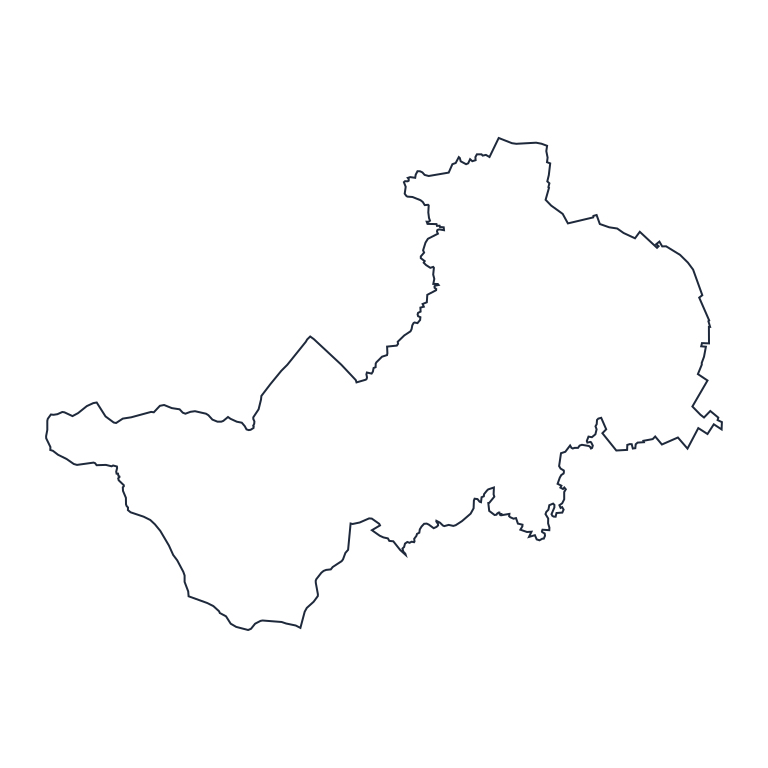 the district of Thach That, Ha Noi, Vietnam
{"feature_id": "81297802B69837826881440", "entity_name": "Thach That", "entity_type": "district", "adm_level": 2, "iso_a3": "VNM", "parent_name": "Vietnam", "parent_adm1": "Ha Noi", "projection": "robinson", "projection_center": [105.527, 21.024], "detail": "fine", "context": "isolated", "style": "outline", "palette": "slate", "viewbox_px": 768, "rotation_deg": 0, "n_neighbors": 0, "source": "geoboundaries", "source_scale": "gbopen_adm2", "svg_char_len": 6101}
<svg xmlns="http://www.w3.org/2000/svg" viewBox="0 0 768 768"><path d="M50.9,414.5L47.8,418.8L47.3,420.8L47.3,429.9L46.1,436.2L46.2,438.3L50.4,447.0L50.3,450.0L52.9,450.8L58.1,454.8L66.6,459.0L73.8,464.0L77.0,464.9L93.6,462.6L95.1,463.2L96.6,465.2L105.9,464.9L111.6,466.3L113.1,465.5L116.9,466.5L117.1,468.0L116.2,471.7L116.6,473.7L118.0,473.7L118.4,475.8L119.4,476.4L119.5,477.0L118.2,478.3L118.7,480.3L123.8,485.2L123.8,486.3L122.8,487.3L123.0,490.9L125.9,497.8L126.0,504.3L126.6,506.0L128.0,507.5L127.9,510.1L130.6,512.3L143.7,516.7L150.3,520.0L154.9,524.3L160.3,530.9L168.9,545.5L173.2,555.0L177.2,560.3L183.3,571.8L184.6,575.5L184.6,581.9L188.2,591.4L188.6,596.3L207.2,603.0L213.4,606.1L219.1,611.3L219.8,613.0L226.0,616.3L230.7,623.7L236.2,626.9L248.1,630.0L251.0,628.8L255.1,623.7L260.5,620.9L262.5,620.5L281.7,622.0L286.1,623.5L295.7,625.5L300.4,627.9L304.7,611.7L306.8,607.9L313.6,601.8L317.8,596.1L317.9,594.3L315.8,582.9L315.7,580.8L316.3,579.2L321.3,572.8L323.6,570.9L326.2,569.9L330.8,569.4L332.7,567.0L341.7,561.1L343.0,559.4L345.4,552.9L348.1,549.8L350.6,523.5L352.6,524.0L359.7,522.5L369.1,518.4L371.8,518.6L379.2,523.8L380.0,525.4L371.9,530.2L379.7,535.7L383.4,537.4L387.9,538.4L389.3,540.9L393.3,541.3L400.2,550.0L405.7,555.0L405.3,553.7L403.3,551.6L402.5,548.5L404.1,547.0L405.0,543.6L407.3,542.0L409.6,542.8L411.6,541.7L414.1,542.2L414.5,541.5L414.2,538.8L416.4,535.9L417.0,533.9L419.3,532.7L419.8,529.4L421.5,526.6L424.1,523.8L426.7,523.6L428.8,524.6L433.7,528.2L436.5,526.9L438.1,525.4L438.0,524.0L436.3,521.5L436.4,520.8L440.0,522.7L443.0,525.6L444.3,526.1L448.7,524.9L453.3,525.9L455.7,525.2L462.0,521.1L470.6,513.7L473.6,508.3L473.9,500.5L474.6,498.7L477.5,499.1L479.6,501.7L481.0,502.2L481.6,497.2L483.8,496.3L484.1,494.1L487.1,490.4L488.2,489.4L493.9,487.5L493.6,494.3L494.3,496.7L489.3,502.8L488.3,503.0L489.2,510.9L494.6,515.0L496.5,514.7L497.1,513.6L498.7,512.5L499.4,512.5L499.6,513.9L501.1,514.0L500.5,515.1L501.0,515.3L509.4,513.9L509.1,516.2L510.2,517.2L513.5,518.7L516.0,518.1L517.9,523.6L522.5,524.7L522.4,526.3L520.4,529.7L527.0,532.0L531.5,531.7L529.0,536.9L534.9,535.2L536.7,539.4L539.5,540.3L542.3,538.7L543.8,538.6L545.0,535.8L544.7,533.5L542.2,532.1L541.9,531.3L542.5,529.7L549.3,530.2L549.4,527.6L548.1,523.4L548.2,518.5L545.5,514.1L546.3,511.9L548.4,509.7L549.3,505.2L553.1,503.6L554.4,504.9L554.4,507.4L551.5,514.2L552.4,515.9L553.7,516.6L555.6,516.7L556.5,513.0L562.3,512.6L563.6,509.6L562.1,507.1L560.6,507.9L559.4,505.2L562.2,503.3L564.2,499.3L564.2,492.0L565.8,489.3L564.3,487.5L563.0,489.0L560.4,487.6L561.4,485.7L557.6,483.8L559.8,477.6L561.3,475.0L563.6,473.5L563.9,472.0L563.8,470.5L560.6,468.6L559.1,466.1L561.0,453.2L565.3,451.8L570.1,445.5L571.5,447.9L572.8,448.5L574.5,447.9L578.0,447.9L579.6,445.6L581.9,444.8L588.9,446.0L590.2,447.0L591.0,448.5L592.1,447.9L592.8,445.6L591.1,442.3L590.4,441.9L587.4,442.6L586.8,441.0L588.5,436.6L591.9,437.2L595.4,434.3L596.6,429.3L595.5,426.3L596.7,424.2L597.0,420.0L598.3,418.6L601.2,417.8L606.2,429.3L602.4,433.2L616.3,450.5L627.1,449.9L627.3,444.9L629.8,444.1L631.7,444.2L632.8,448.5L635.3,448.2L635.7,444.3L637.6,442.6L643.9,442.2L643.4,440.8L652.7,439.1L655.2,436.5L661.9,444.5L677.9,437.5L687.5,448.6L698.3,428.1L707.5,434.0L713.8,424.3L721.6,429.4L721.9,422.1L717.6,420.1L718.3,417.6L710.3,411.0L704.0,417.5L700.4,414.7L692.4,406.5L707.5,380.5L697.9,374.1L701.8,364.6L701.7,363.0L704.0,356.8L705.9,346.7L701.2,346.3L702.0,343.1L709.0,343.4L708.9,326.9L710.1,326.9L708.4,321.2L709.2,320.5L699.2,297.6L702.3,295.2L693.1,269.6L687.9,262.6L680.1,254.9L666.1,246.3L662.2,246.4L659.4,241.6L656.2,244.2L658.6,246.2L657.0,247.8L639.8,231.8L635.0,238.3L623.6,233.0L617.2,228.5L609.2,227.3L599.8,224.0L596.6,215.0L593.4,215.9L593.2,217.4L567.9,223.4L562.7,213.9L551.2,205.6L545.6,199.8L549.0,187.8L548.4,187.2L549.4,183.3L547.3,181.4L548.8,175.2L550.2,163.4L547.0,162.2L547.6,157.6L546.3,151.1L547.1,145.8L541.4,143.7L536.1,142.7L516.3,143.8L512.0,143.2L498.7,138.0L489.5,157.0L485.9,154.9L482.7,155.6L481.5,154.3L476.9,154.3L475.4,157.1L475.6,160.2L472.3,161.2L470.1,159.2L468.2,163.3L466.1,164.2L460.7,161.3L459.8,158.0L458.8,157.1L455.7,163.0L452.4,164.2L448.7,172.6L428.7,176.0L424.6,174.9L422.4,172.4L420.1,171.3L417.5,171.2L415.7,174.7L415.2,177.8L410.2,177.1L407.8,177.9L408.7,179.0L408.7,180.7L407.7,181.3L405.0,181.2L403.9,182.2L405.7,186.8L404.7,193.7L406.4,196.0L407.4,196.6L412.5,197.0L420.5,200.2L422.8,202.0L424.7,205.1L428.1,204.8L428.7,205.4L428.3,212.4L429.0,218.0L430.0,220.7L428.5,221.8L426.7,221.7L427.5,223.9L436.5,224.1L437.0,225.9L439.6,225.7L440.0,227.0L443.7,227.3L444.0,230.2L439.5,229.4L438.0,229.7L437.2,230.3L437.0,231.6L437.9,233.7L427.9,238.8L425.5,242.6L423.1,250.3L424.1,252.6L420.8,256.4L420.8,258.2L424.7,261.1L423.7,262.7L426.0,265.0L430.3,267.8L433.2,266.9L433.9,267.8L433.2,274.6L434.3,278.9L433.3,283.9L437.8,284.0L438.6,285.0L435.3,285.6L434.5,286.3L434.6,287.8L436.2,289.0L436.1,290.2L427.3,294.8L426.8,302.3L422.6,304.0L423.8,306.7L420.4,307.6L420.6,311.6L418.1,312.8L417.6,314.4L418.1,316.2L420.4,317.2L420.1,320.0L417.5,323.1L414.5,322.5L413.6,323.0L412.3,325.3L411.6,329.1L410.5,331.3L404.3,335.4L397.7,341.8L398.1,343.8L396.8,345.6L387.1,346.6L387.4,353.4L387.0,355.1L382.0,356.7L376.4,362.3L375.7,363.6L375.6,367.2L373.6,368.0L372.9,371.6L371.6,373.6L366.9,372.5L366.4,374.3L367.0,377.3L366.7,378.8L365.8,379.7L356.5,382.4L355.8,380.1L341.4,364.8L313.8,339.1L310.2,336.5L307.2,339.4L305.8,341.8L287.3,364.8L281.4,370.7L270.5,384.0L261.4,395.9L261.0,399.6L258.6,409.3L253.3,417.3L253.3,419.0L254.4,421.4L254.2,423.8L253.2,425.8L253.7,426.3L253.5,428.0L250.6,429.8L248.7,430.1L246.5,429.4L244.8,426.2L241.8,422.7L236.8,421.7L230.5,418.8L228.0,417.0L223.3,420.9L221.2,421.7L217.5,421.7L212.4,419.6L208.4,415.2L206.0,413.7L195.0,411.2L190.5,411.8L185.4,413.7L182.8,412.7L179.6,409.3L171.8,408.1L164.1,405.0L159.9,405.8L153.8,412.3L151.1,411.9L131.2,417.3L122.8,418.6L116.1,423.0L113.7,422.5L105.5,416.4L96.7,402.5L93.3,403.1L86.8,406.1L78.1,413.1L72.5,416.1L64.4,412.3L62.3,412.0L57.4,414.2L53.5,414.8L50.9,414.5Z" fill="none" stroke="#1e293b" stroke-width="2"/></svg>